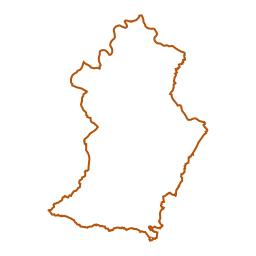 Tha Maka, Kanchanaburi, Thailand (Albers equal-area conic projection)
{"feature_id": "78962969B86191185108320", "entity_name": "Tha Maka", "entity_type": "district", "adm_level": 2, "iso_a3": "THA", "parent_name": "Thailand", "parent_adm1": "Kanchanaburi", "projection": "albers", "projection_center": [99.774, 13.954], "detail": "fine", "context": "isolated", "style": "outline", "palette": "amber", "viewbox_px": 256, "rotation_deg": 0, "n_neighbors": 0, "source": "geoboundaries", "source_scale": "gbopen_adm2", "svg_char_len": 5782}
<svg xmlns="http://www.w3.org/2000/svg" viewBox="0 0 256 256"><path d="M204.7,122.5L204.4,122.2L202.9,122.0L199.2,120.9L196.2,118.6L194.4,118.4L192.0,119.0L191.2,119.7L188.4,119.9L187.1,118.6L185.6,115.6L183.7,112.7L182.4,111.3L181.4,108.3L181.5,107.4L180.7,105.6L179.2,105.1L177.7,105.6L176.3,103.3L173.3,99.7L172.3,98.0L171.7,96.6L171.7,94.8L170.0,94.0L171.1,92.2L172.8,90.4L172.9,89.7L173.3,88.9L173.3,88.2L173.7,87.2L173.7,84.4L174.1,84.0L175.0,83.7L175.5,83.2L175.0,82.4L174.0,81.7L174.0,80.6L174.3,79.6L174.5,77.9L175.9,75.4L175.9,74.5L175.1,73.6L176.9,72.6L175.9,70.3L175.7,69.1L177.6,69.3L177.5,68.3L178.6,68.0L178.6,67.6L179.6,67.2L178.9,64.6L180.3,64.1L181.4,64.1L181.6,63.7L182.4,63.7L182.3,62.6L183.3,62.3L183.0,60.0L183.8,59.8L184.1,60.0L184.7,59.9L184.6,59.0L184.9,59.0L184.7,57.7L184.4,57.5L184.2,55.4L184.6,55.3L184.7,55.0L184.7,53.2L183.9,52.4L181.1,51.6L180.0,50.8L178.1,50.1L177.3,49.3L175.9,48.5L172.8,46.1L171.5,45.9L170.0,46.3L168.7,46.2L167.7,45.5L167.0,45.3L165.9,45.3L164.8,45.8L164.0,45.8L163.3,45.5L160.7,43.7L159.9,43.5L158.1,43.4L156.9,43.0L154.8,41.0L154.3,38.9L154.7,37.2L155.8,36.4L156.5,35.5L156.9,34.3L157.0,33.2L154.4,29.0L153.5,28.7L150.6,28.8L149.6,28.6L147.4,28.0L146.0,26.9L145.4,26.0L145.0,24.5L143.4,21.7L143.4,19.9L143.3,19.2L142.7,18.0L142.4,16.6L141.5,15.4L140.7,15.4L139.2,15.9L139.2,16.5L138.7,17.6L136.3,20.0L131.7,21.6L131.5,21.2L130.3,21.3L130.1,21.6L127.6,20.7L125.4,20.5L124.8,21.3L124.7,21.7L126.9,25.3L126.9,26.2L126.7,27.2L125.3,27.8L123.3,27.2L120.0,25.6L118.9,25.4L115.8,26.6L114.2,28.5L113.8,29.6L113.8,30.6L114.6,34.0L114.9,36.9L114.8,37.4L114.2,38.7L112.8,39.7L111.5,41.2L110.7,42.6L110.2,44.5L110.3,45.6L111.7,48.1L112.3,50.3L112.1,52.5L111.3,54.0L110.3,54.9L109.2,54.7L107.3,52.0L106.0,50.9L104.6,50.1L102.3,50.1L100.5,50.9L99.9,51.5L99.7,52.2L99.8,54.5L99.1,56.4L98.8,58.0L99.1,61.6L100.0,63.4L100.6,65.4L99.6,66.2L99.8,68.2L99.7,68.6L97.0,67.8L94.4,68.3L91.1,67.6L89.9,66.1L87.3,64.5L86.3,64.3L83.7,62.1L82.2,66.7L81.0,68.9L79.7,70.0L77.6,70.8L76.7,72.3L74.4,73.6L72.7,75.0L71.8,76.5L71.0,79.1L71.0,80.9L71.1,82.6L72.2,84.0L72.2,85.3L76.5,87.2L81.5,88.5L86.8,91.4L86.4,92.6L85.8,92.7L84.9,93.2L83.4,94.5L83.3,95.9L82.7,96.9L82.1,97.5L82.0,101.4L81.8,101.5L81.0,104.4L81.8,106.9L82.5,107.8L83.3,110.0L86.1,112.5L86.3,115.1L87.3,115.7L87.3,117.0L88.4,117.5L90.5,117.9L90.8,120.6L91.3,121.7L92.1,122.5L93.7,123.0L96.7,125.8L97.8,127.1L96.1,129.3L94.5,130.7L90.1,133.5L87.8,136.6L84.4,139.5L84.4,140.5L84.6,141.0L84.2,141.3L84.7,143.4L84.9,143.4L85.2,144.1L86.2,144.0L86.2,145.1L85.9,145.2L86.2,146.1L86.1,150.2L87.9,152.9L88.6,154.6L89.3,157.1L89.4,159.3L88.5,167.6L88.6,169.2L87.5,170.8L86.1,170.6L85.6,170.8L84.9,172.0L85.1,172.1L85.4,172.8L85.1,174.8L85.2,175.9L83.5,177.0L82.2,177.4L82.0,178.8L81.2,179.6L79.6,180.5L79.5,181.5L79.2,182.0L79.4,183.4L80.3,183.8L79.8,187.3L77.9,188.1L77.2,189.7L76.4,190.2L75.9,190.9L75.3,190.8L73.5,191.5L72.8,192.9L72.2,193.4L72.1,193.9L71.6,194.5L71.0,195.9L69.7,195.3L68.8,196.3L68.1,197.5L67.1,197.2L65.0,196.0L64.5,196.8L63.9,196.7L62.5,197.9L62.2,199.8L61.3,200.8L60.7,200.8L58.1,202.8L56.9,202.8L55.5,203.7L54.4,203.7L53.5,204.7L54.1,206.5L53.9,207.1L52.5,208.0L51.5,209.7L48.7,210.2L48.7,210.6L49.5,210.9L51.8,214.3L52.3,214.7L54.0,214.3L54.1,214.7L55.0,215.2L55.3,215.6L57.9,215.3L58.3,214.9L58.8,215.5L60.0,215.7L60.2,216.0L61.7,215.7L61.9,216.3L64.2,215.8L65.3,216.3L66.2,216.3L69.1,217.7L71.0,218.4L71.5,218.9L74.0,220.2L74.9,222.2L76.3,223.0L77.0,224.2L78.6,224.9L79.6,224.7L80.3,226.3L80.7,226.6L81.9,226.6L83.4,227.0L84.8,227.0L87.4,227.7L87.8,227.1L89.6,226.6L91.9,226.6L94.4,224.7L96.1,225.4L96.4,224.5L98.6,225.1L100.3,226.3L101.8,225.9L103.6,226.6L104.9,226.5L105.5,228.4L108.0,228.7L109.0,230.9L110.4,230.8L110.4,230.2L110.9,230.1L112.8,230.1L113.2,229.3L113.7,228.9L113.8,228.4L117.7,227.5L118.8,227.7L119.6,227.9L119.6,228.1L121.4,228.3L121.9,227.5L122.7,227.5L123.8,228.5L124.4,228.0L125.7,229.3L126.3,229.3L126.5,229.9L130.4,228.2L132.9,228.3L133.6,229.0L136.3,229.0L137.6,229.6L139.8,230.8L140.2,232.0L142.0,231.4L144.1,232.1L145.2,232.0L148.8,236.9L149.8,237.6L149.4,239.4L150.0,239.6L150.0,240.6L150.6,240.6L152.3,240.0L153.4,238.8L153.0,238.3L155.0,238.9L155.3,238.1L156.7,237.9L156.7,237.3L157.3,233.0L157.1,233.1L156.8,232.5L156.0,231.9L154.4,231.9L154.0,231.4L153.6,231.4L153.1,231.1L153.1,230.4L152.5,230.3L152.2,229.7L150.7,230.2L149.8,229.0L149.9,228.5L149.6,227.6L149.1,227.7L149.0,226.9L149.9,226.4L150.3,227.2L151.1,226.9L151.4,227.8L152.1,227.8L152.8,227.7L153.2,227.3L153.8,227.3L154.8,226.6L156.0,227.5L158.1,228.0L159.2,227.9L159.9,228.4L160.2,227.8L160.9,227.4L161.4,226.7L162.1,226.4L162.6,225.8L162.6,225.5L160.8,224.3L159.6,222.5L159.4,222.0L159.6,221.8L159.0,221.1L159.7,220.0L160.3,218.3L160.0,213.3L160.7,211.0L161.1,210.3L162.2,209.4L162.3,208.8L163.3,208.8L163.8,207.8L161.5,206.7L160.9,205.6L161.7,204.3L161.4,204.0L161.7,202.4L162.4,202.0L164.1,201.8L163.5,200.1L163.2,196.6L164.7,196.1L167.4,194.2L167.3,193.9L168.3,193.5L169.1,192.9L169.5,193.3L170.3,192.8L171.6,194.3L173.9,195.1L174.4,194.6L174.9,195.3L175.6,195.8L175.9,195.3L176.2,190.7L176.7,189.4L177.0,188.9L177.5,188.8L178.6,186.2L179.2,186.3L179.4,184.8L180.9,182.0L182.1,181.0L182.2,179.2L182.0,178.2L182.1,177.9L181.2,176.9L181.1,176.3L181.5,174.6L181.4,174.2L182.6,174.1L183.4,172.9L184.4,172.4L184.5,171.0L184.3,168.9L185.1,168.5L184.6,166.3L185.3,166.0L185.6,164.0L186.3,164.0L187.0,163.2L188.4,162.7L188.6,161.6L188.7,157.3L189.5,157.3L190.0,157.0L190.1,156.6L190.6,156.7L191.9,154.4L193.1,154.7L192.9,153.4L193.0,152.9L196.5,147.0L198.4,142.6L204.1,134.5L206.3,132.9L205.7,131.6L206.8,131.2L207.3,130.6L207.3,130.1L207.0,129.4L204.8,127.1L203.5,125.2L203.5,124.9L203.8,124.5L204.9,124.0L204.6,122.7L204.7,122.5Z" fill="none" stroke="#b45309" stroke-width="2"/></svg>